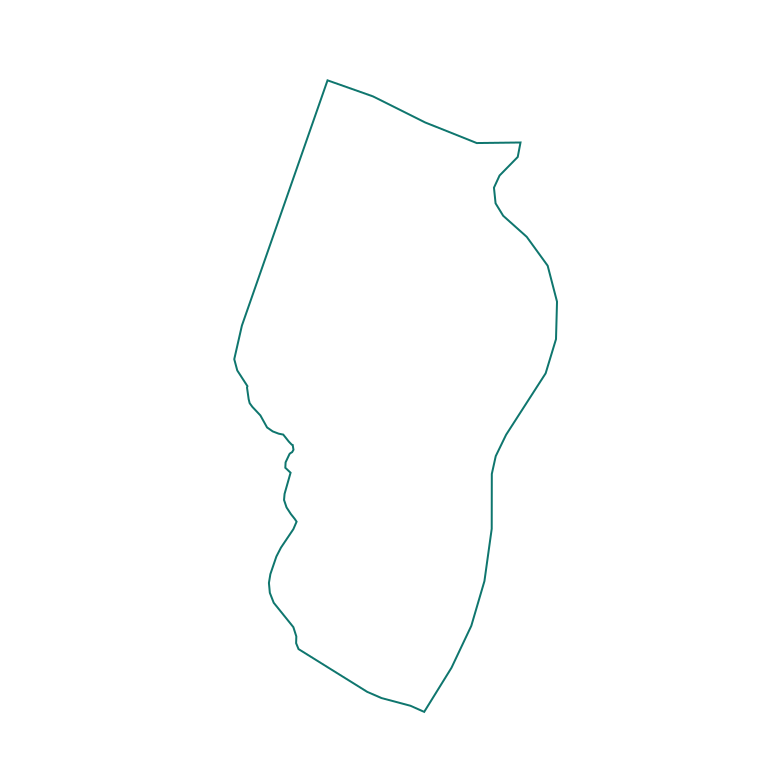 Ifugao, Albers equal-area conic projection, rotated 119°
{"feature_id": "PHL-2551", "entity_name": "Ifugao", "entity_type": "Province", "adm_level": 1, "iso_a3": "PHL", "parent_name": "Philippines", "parent_adm1": "", "projection": "albers", "projection_center": [121.298, 16.844], "detail": "fine", "context": "isolated", "style": "outline", "palette": "teal", "viewbox_px": 768, "rotation_deg": 119, "n_neighbors": 0, "source": "natural_earth", "source_scale": "10m", "svg_char_len": 970}
<svg xmlns="http://www.w3.org/2000/svg" viewBox="0 0 768 768"><g transform="rotate(119 384 384)"><path d="M651.3,189.9L652.6,204.9L659.9,233.9L661.4,249.4L657.3,330.2L653.3,335.2L647.3,338.3L640.6,345.4L628.8,374.4L622.0,382.6L613.8,388.2L605.4,391.2L587.0,394.5L577.0,394.8L554.9,392.9L546.8,393.7L545.4,396.4L542.9,402.4L539.2,409.4L533.9,415.2L528.3,417.7L506.9,422.7L505.1,429.7L500.2,432.1L491.1,432.7L490.0,432.4L488.1,431.3L485.4,431.3L481.6,434.3L481.8,435.2L480.5,439.4L477.1,447.6L478.5,452.0L479.4,458.3L478.7,465.2L471.4,476.9L467.8,488.1L465.9,492.2L462.9,495.0L453.5,502.1L452.1,502.4L443.3,518.9L434.9,527.0L401.8,536.6L145.8,580.6L137.8,533.1L135.3,474.8L128.3,419.7L106.6,381.7L120.6,377.1L145.6,384.0L159.0,383.0L171.9,374.0L179.1,361.3L186.1,330.5L201.2,298.2L228.1,272.6L261.4,255.3L296.3,247.8L369.2,252.6L392.9,251.3L410.4,246.1L458.4,219.6L507.7,200.6L553.2,190.4L599.5,187.4L651.3,189.9Z" fill="none" stroke="#0f766e" stroke-width="2"/></g></svg>